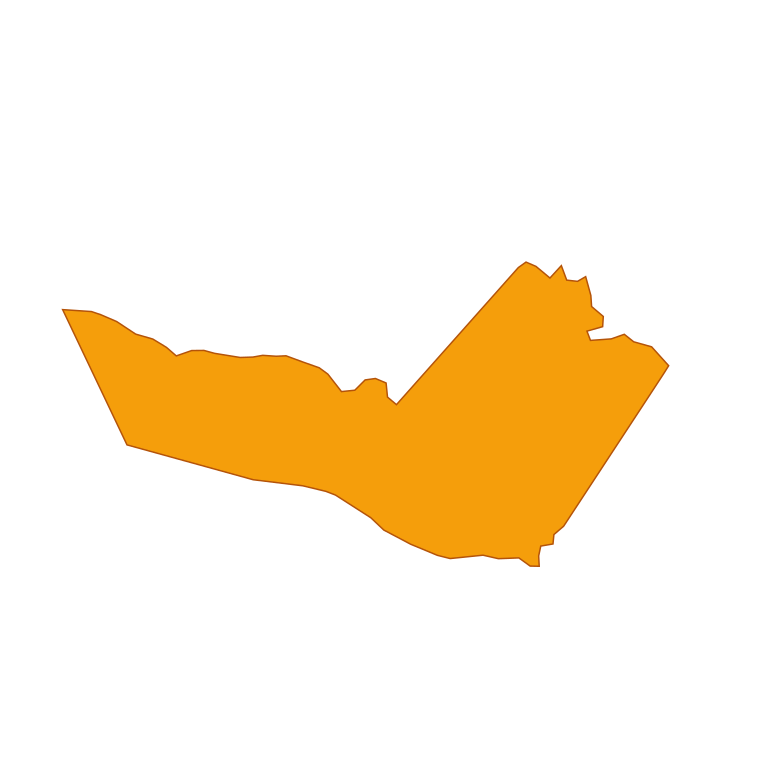 Taboleiro Grande, Rio Grande do Norte, Brazil (Robinson projection), rotated 237°
{"feature_id": "56859067B31995053212308", "entity_name": "Taboleiro Grande", "entity_type": "district", "adm_level": 2, "iso_a3": "BRA", "parent_name": "Brazil", "parent_adm1": "Rio Grande do Norte", "projection": "robinson", "projection_center": [-38.046, -5.936], "detail": "fine", "context": "isolated", "style": "filled", "palette": "amber", "viewbox_px": 768, "rotation_deg": 237, "n_neighbors": 0, "source": "geoboundaries", "source_scale": "gbopen_adm2", "svg_char_len": 987}
<svg xmlns="http://www.w3.org/2000/svg" viewBox="0 0 768 768"><g transform="rotate(237 384 384)"><path d="M244.3,632.7L269.4,628.7L283.4,616.4L294.8,612.6L298.1,599.1L308.1,580.9L317.8,583.0L313.0,598.6L321.2,604.7L335.9,600.3L345.6,605.7L364.2,611.6L364.7,602.2L371.6,593.8L386.7,597.2L382.5,580.9L399.9,575.5L408.9,569.5L408.5,560.1L359.9,383.2L371.1,379.8L383.7,386.3L393.3,379.8L397.7,370.4L394.7,356.1L400.8,344.2L422.8,342.3L432.9,338.5L447.2,327.5L461.0,317.2L466.0,308.7L474.1,297.9L478.0,288.7L484.6,277.8L502.0,258.6L510.2,251.3L516.8,240.9L520.7,225.1L533.2,221.5L547.6,214.6L561.1,202.9L582.0,193.8L596.4,184.2L604.1,178.1L621.4,155.0L472.9,135.3L375.0,222.1L342.8,260.5L325.6,276.8L317.3,282.8L279.0,300.1L261.6,304.3L235.1,319.1L211.3,335.4L201.6,344.4L186.5,373.8L175.2,384.8L164.7,402.4L151.7,407.4L146.6,414.9L155.6,420.1L162.7,427.2L157.8,438.6L165.2,444.5L166.9,457.2L231.3,603.7L240.4,624.3L244.3,632.7Z" fill="#f59e0b" stroke="#b45309" stroke-width="1.5"/></g></svg>